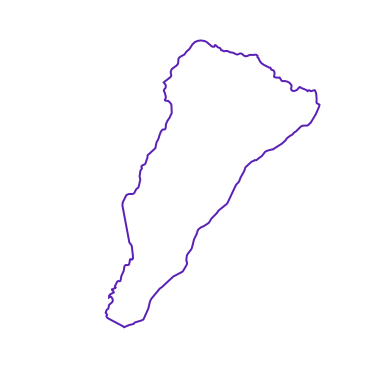 an SVG outline of Likouala, rotated 27°
{"feature_id": "COG-2838", "entity_name": "Likouala", "entity_type": "Region", "adm_level": 1, "iso_a3": "COG", "parent_name": "Republic of the Congo", "parent_adm1": "", "projection": "orthographic", "projection_center": [17.352, 1.476], "detail": "fine", "context": "isolated", "style": "outline", "palette": "violet", "viewbox_px": 384, "rotation_deg": 27, "n_neighbors": 0, "source": "natural_earth", "source_scale": "10m", "svg_char_len": 4896}
<svg xmlns="http://www.w3.org/2000/svg" viewBox="0 0 384 384"><g transform="rotate(27 192 192)"><path d="M265.9,56.3L266.5,58.1L267.0,66.6L266.3,76.5L265.6,78.0L265.5,78.8L265.0,79.9L264.0,80.8L261.6,82.0L260.2,83.0L259.3,84.2L257.1,90.9L256.0,92.6L255.8,93.3L255.5,94.8L255.2,95.5L254.0,97.2L252.3,100.7L252.1,101.6L251.9,103.4L250.2,108.0L245.0,116.8L244.8,117.4L244.1,117.6L240.2,121.2L239.3,122.3L238.8,123.4L238.1,127.4L237.6,128.8L237.0,130.0L236.3,131.3L235.3,133.6L234.7,134.7L233.5,135.0L233.2,135.7L231.6,137.6L231.1,138.4L228.5,145.6L228.5,146.6L228.9,148.6L229.0,150.7L228.7,157.2L229.1,160.3L229.1,161.4L228.9,162.6L228.2,164.8L228.0,166.0L228.6,185.4L228.4,186.9L224.4,195.7L224.0,197.0L223.7,199.5L221.3,207.1L221.1,211.3L220.6,212.6L217.8,217.4L216.3,219.0L215.0,221.6L214.5,223.2L215.3,227.9L215.3,233.2L217.3,241.9L217.3,243.7L216.3,249.0L216.3,250.9L216.8,252.5L218.1,255.8L219.0,256.4L219.8,257.5L220.2,258.8L220.3,259.9L219.9,266.5L219.5,267.6L213.7,275.8L208.4,290.3L207.1,292.8L204.3,305.4L204.2,307.1L204.3,308.8L206.0,315.6L206.6,327.6L206.1,328.3L205.1,329.6L200.8,333.7L200.4,334.1L200.1,334.7L200.0,335.7L199.9,335.9L199.7,336.2L198.9,336.8L198.0,337.8L196.6,338.8L192.8,343.4L192.7,343.4L192.5,343.2L191.8,343.0L174.8,342.7L173.6,342.5L172.9,342.2L172.1,341.5L172.1,340.2L171.9,339.9L171.6,339.7L171.2,339.3L170.6,339.0L170.2,339.0L169.9,338.8L169.5,336.3L169.6,335.5L170.3,334.2L170.3,333.4L169.4,330.5L169.4,330.1L170.7,327.0L171.0,325.5L170.5,324.2L169.5,323.2L168.1,322.3L166.8,322.2L166.0,323.6L165.2,322.0L165.7,320.2L167.9,317.0L166.8,316.0L165.4,315.7L164.9,315.1L167.3,312.3L167.3,311.7L166.3,311.4L166.1,311.1L166.1,305.8L166.6,304.9L167.7,304.5L168.5,303.8L168.3,302.3L167.4,299.8L167.2,298.6L167.0,294.0L166.8,292.7L165.7,289.5L165.6,288.2L166.0,287.3L166.7,286.9L167.4,286.5L168.2,286.1L168.7,285.4L168.8,284.8L168.5,284.1L168.2,282.5L167.5,281.0L167.4,280.3L167.8,279.6L168.3,279.5L168.8,279.7L169.3,279.4L169.5,278.7L169.6,278.1L169.5,277.8L167.7,274.7L163.0,267.7L161.9,266.7L159.1,265.4L136.5,236.1L135.8,234.9L135.4,233.9L135.0,232.0L134.9,225.2L135.1,224.3L135.5,223.8L136.3,222.8L136.8,222.4L137.4,222.0L139.0,221.3L139.9,220.7L140.4,220.3L140.7,219.8L140.9,219.3L141.0,218.8L141.0,215.2L141.3,214.2L141.6,213.4L142.0,212.9L142.1,212.0L141.9,210.7L140.4,204.8L139.9,203.9L139.4,203.3L138.9,202.8L138.5,202.4L138.0,201.3L136.6,197.2L136.4,196.3L136.5,195.2L136.6,194.5L136.7,193.9L136.5,193.5L135.6,192.6L135.3,192.1L135.4,191.4L135.7,190.9L135.9,190.5L137.1,189.1L137.4,188.6L137.6,188.1L137.5,187.4L136.7,181.7L136.0,180.0L135.8,179.4L136.0,178.6L136.6,177.4L139.2,170.2L139.4,169.6L139.3,168.7L138.8,167.4L137.9,164.0L137.8,163.4L137.9,162.8L138.0,161.4L137.8,158.6L137.4,157.1L136.9,152.9L137.0,151.8L137.1,150.7L137.3,150.1L137.6,149.7L138.0,149.3L138.9,148.9L139.3,148.6L139.5,148.2L139.6,147.7L139.3,146.3L138.7,145.3L138.0,143.2L137.8,140.0L138.3,135.6L138.1,133.5L138.2,131.9L138.1,131.1L137.7,130.1L134.4,124.2L134.0,123.7L133.6,123.2L132.4,122.6L130.0,121.7L129.4,121.7L128.9,121.9L127.3,122.5L126.8,122.6L126.5,122.6L126.3,122.5L126.1,122.3L125.9,122.0L125.9,120.2L125.7,119.6L125.4,119.0L123.0,116.2L122.4,115.7L121.9,115.4L121.7,115.3L121.3,114.9L120.9,114.4L120.7,113.2L120.8,112.4L121.0,111.8L121.2,111.3L121.0,110.6L120.6,109.6L119.7,108.4L117.9,107.6L117.0,107.2L118.6,103.8L120.5,99.7L120.8,98.1L120.2,96.9L119.2,95.8L118.4,94.5L118.2,91.5L120.8,86.4L121.3,84.0L120.8,82.5L120.1,81.1L119.5,79.7L119.6,78.0L120.4,76.4L122.7,73.2L123.1,71.7L123.1,70.1L124.8,65.8L125.4,60.1L126.5,57.1L128.6,54.6L131.4,52.8L134.6,51.8L136.1,51.7L137.5,51.8L143.1,53.2L144.5,53.2L145.8,52.5L146.0,51.9L145.8,51.2L145.9,50.6L146.8,50.5L147.5,50.7L148.7,51.2L149.3,51.3L151.2,51.1L151.9,51.1L152.6,51.5L153.1,52.1L153.7,52.4L154.6,52.1L155.1,52.0L156.0,52.2L156.4,52.1L157.0,51.9L157.7,51.2L158.2,50.9L159.3,50.4L160.0,50.2L161.8,50.3L162.7,50.2L164.5,49.5L165.5,49.2L168.2,49.3L169.1,49.2L170.3,48.7L170.9,48.0L171.4,47.3L172.4,46.5L173.4,46.2L174.2,46.3L176.0,46.9L178.4,46.7L179.9,45.3L181.2,43.6L183.9,42.3L184.7,41.8L185.8,41.1L186.9,40.6L188.4,40.8L188.7,41.1L189.0,42.0L189.3,42.3L190.3,42.4L190.6,42.6L193.1,44.7L195.5,45.7L198.3,46.1L203.8,46.1L204.2,46.1L205.0,45.8L205.4,45.7L205.9,46.0L206.6,46.7L207.0,46.9L207.6,47.0L208.9,46.7L209.5,46.7L210.5,47.3L211.4,48.3L212.0,49.6L212.4,50.9L212.8,52.0L213.8,52.2L215.1,51.8L217.7,50.6L218.0,50.3L218.4,50.4L220.8,51.9L221.4,52.2L222.3,52.1L224.4,51.0L226.7,50.4L229.1,50.4L231.4,51.2L232.6,52.3L233.4,55.0L234.3,56.0L235.8,56.2L237.2,55.6L238.4,54.4L239.2,53.3L239.4,52.6L239.9,50.6L240.3,49.6L240.8,49.5L241.4,49.6L242.2,49.7L247.6,49.2L248.0,49.3L248.7,49.6L249.2,49.7L249.5,49.4L249.8,48.5L250.1,48.2L250.8,48.1L252.0,48.2L252.6,47.9L253.8,46.7L254.6,45.8L255.5,45.7L257.2,47.1L258.3,48.4L261.0,52.9L262.1,55.4L262.9,56.2L265.9,56.3Z" fill="none" stroke="#5b21b6" stroke-width="2"/></g></svg>